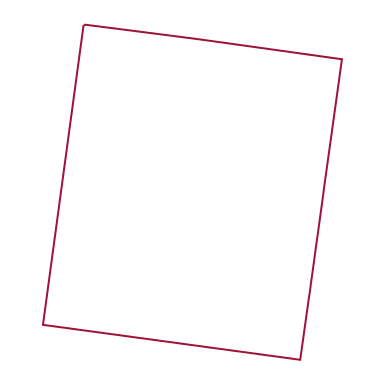 outline of Harper, Kansas, United States of America, rotated 278°
{"feature_id": "52423323B94384145116372", "entity_name": "Harper", "entity_type": "district", "adm_level": 2, "iso_a3": "USA", "parent_name": "United States of America", "parent_adm1": "Kansas", "projection": "robinson", "projection_center": [-98.075, 37.192], "detail": "fine", "context": "isolated", "style": "outline", "palette": "rose", "viewbox_px": 384, "rotation_deg": 278, "n_neighbors": 0, "source": "geoboundaries", "source_scale": "gbopen_adm2", "svg_char_len": 364}
<svg xmlns="http://www.w3.org/2000/svg" viewBox="0 0 384 384"><g transform="rotate(278 192 192)"><path d="M344.3,322.0L344.2,178.2L342.8,62.9L341.4,61.4L39.7,62.9L40.9,322.5L41.5,322.5L101.9,322.5L112.0,322.6L118.3,322.5L135.3,322.5L152.1,322.4L171.9,322.4L209.0,322.3L212.0,322.2L215.3,322.2L344.3,322.0Z" fill="none" stroke="#9f1239" stroke-width="2"/></g></svg>